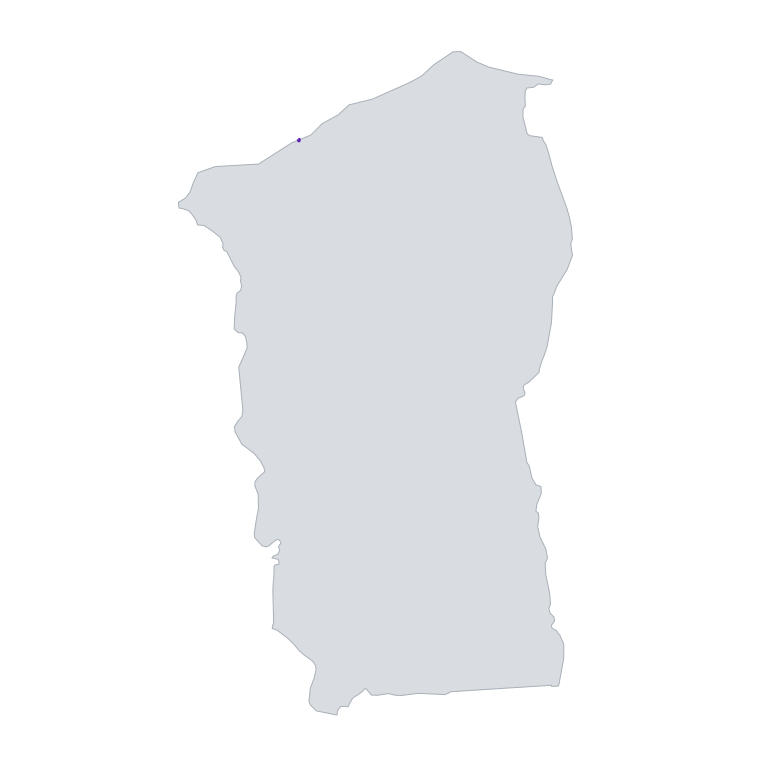 location of Accra Metropolis, Greater Accra, Ghana, rotated 177°
{"feature_id": "2480657B11720749290533", "entity_name": "Accra Metropolis", "entity_type": "district", "adm_level": 2, "iso_a3": "GHA", "parent_name": "Ghana", "parent_adm1": "Greater Accra", "projection": "natural_earth1", "projection_center": [-0.21, 5.545], "detail": "fine", "context": "in_parent", "style": "filled", "palette": "violet", "viewbox_px": 768, "rotation_deg": 177, "n_neighbors": 0, "source": "geoboundaries", "source_scale": "gbopen_adm2", "svg_char_len": 3212}
<svg xmlns="http://www.w3.org/2000/svg" viewBox="0 0 768 768"><g transform="rotate(177 384 384)"><path d="M468.7,61.1L474.3,67.3L475.6,70.8L473.5,84.1L469.4,93.4L466.8,102.2L467.1,106.5L469.7,110.9L478.2,117.7L482.6,122.1L487.8,128.9L493.8,135.5L504.0,144.0L508.3,145.6L508.1,148.0L506.7,151.3L505.8,183.2L505.0,191.4L504.2,195.6L503.3,207.5L502.2,209.2L500.3,209.1L498.5,209.6L498.1,211.9L498.8,214.4L504.9,216.1L503.6,217.9L499.0,219.5L496.9,223.1L497.8,227.2L495.3,230.5L496.0,232.7L497.7,234.4L500.3,233.8L507.5,228.3L510.5,227.6L514.2,228.8L521.1,237.2L521.4,241.3L518.6,255.3L515.9,266.2L515.4,280.7L518.3,288.8L517.9,293.2L514.7,297.1L507.6,302.7L508.2,306.5L511.4,313.6L517.4,321.5L529.1,331.3L535.3,344.1L535.5,349.3L531.9,354.5L527.6,359.0L526.3,365.6L528.2,408.3L518.9,426.9L518.8,432.2L519.8,438.4L522.2,442.1L527.0,443.1L530.8,446.7L529.5,459.7L527.4,473.0L527.1,479.5L526.0,482.5L522.3,485.0L521.0,489.2L521.9,494.4L521.2,498.2L523.2,503.2L527.4,509.4L534.2,524.7L536.8,525.9L538.0,529.1L537.3,532.2L539.9,539.0L547.5,545.8L555.4,551.7L561.8,552.6L563.3,557.9L567.6,564.6L570.6,567.6L575.5,569.5L579.5,570.5L579.7,576.2L572.5,580.1L567.6,586.0L563.9,595.0L558.7,604.8L541.0,610.0L534.2,610.0L497.8,610.2L463.6,629.6L444.0,636.5L431.9,647.4L415.6,655.2L404.3,664.6L380.7,669.1L342.1,683.9L330.0,689.8L317.7,700.1L297.8,712.1L290.0,712.0L274.5,700.7L262.8,695.0L234.1,686.4L212.7,683.1L202.4,679.4L199.6,678.7L202.0,674.7L208.0,674.4L214.2,675.6L218.9,672.5L225.9,672.1L227.7,668.9L228.3,660.8L228.3,654.2L230.7,651.2L231.3,643.5L227.9,626.3L225.5,624.4L213.0,621.9L212.1,618.5L209.9,614.9L207.5,606.1L204.8,592.9L200.4,576.6L192.1,549.7L190.0,540.2L188.6,530.5L188.3,518.9L190.1,514.6L189.8,508.6L189.0,502.7L195.0,489.0L206.6,472.2L209.0,466.2L211.2,462.0L211.5,455.9L213.6,436.4L219.2,412.8L222.7,403.8L225.0,399.0L227.9,391.2L228.6,387.5L239.3,378.2L244.2,375.7L245.3,372.1L243.6,368.1L244.4,365.4L246.9,364.0L250.8,362.9L253.7,359.1L249.3,330.0L245.7,300.9L245.5,298.5L243.3,294.5L241.2,282.5L237.6,275.4L232.6,273.4L232.6,266.8L237.7,255.6L239.0,249.1L236.6,247.1L236.3,242.0L238.0,233.8L237.2,228.7L236.3,223.3L231.0,210.6L229.8,201.6L232.5,196.3L232.4,184.8L229.6,167.0L229.2,155.8L231.1,151.1L230.2,146.6L226.4,142.4L226.1,138.3L229.4,134.3L229.0,131.2L224.9,128.9L221.3,123.4L218.1,114.8L218.8,100.9L224.9,75.3L225.7,73.2L232.5,73.3L232.6,74.4L253.9,74.1L278.3,73.9L307.5,73.5L334.0,73.2L335.1,72.1L339.5,70.7L366.3,73.3L383.0,72.0L390.1,72.8L395.3,74.6L406.8,73.5L413.0,74.1L417.7,80.5L419.5,80.4L422.1,77.7L426.8,74.7L431.5,72.2L434.8,67.2L436.9,63.4L439.9,64.2L444.3,64.0L447.2,60.8L448.4,55.9L468.7,61.1Z" fill="#d9dde1" stroke="#a8b0b8" stroke-width="1"/><path d="M455.1,632.2L455.2,632.5L455.4,632.5L455.6,632.6L455.6,632.9L455.4,633.1L455.4,633.4L455.6,633.4L455.8,633.4L456.0,633.3L456.2,633.2L456.3,633.3L456.4,633.2L456.5,633.2L456.4,633.2L456.3,632.9L456.4,632.7L456.5,632.6L456.6,632.4L456.9,632.3L457.0,632.3L457.1,632.2L457.3,632.2L457.5,632.1L457.4,631.9L457.1,631.5L457.0,631.0L456.9,630.6L456.7,630.6L456.3,630.7L456.2,630.7L455.9,630.6L455.6,630.7L455.5,630.9L455.3,631.1L455.1,631.5L455.0,631.8L455.1,632.2Z" fill="#8b5cf6" stroke="#5b21b6" stroke-width="1.5"/></g></svg>